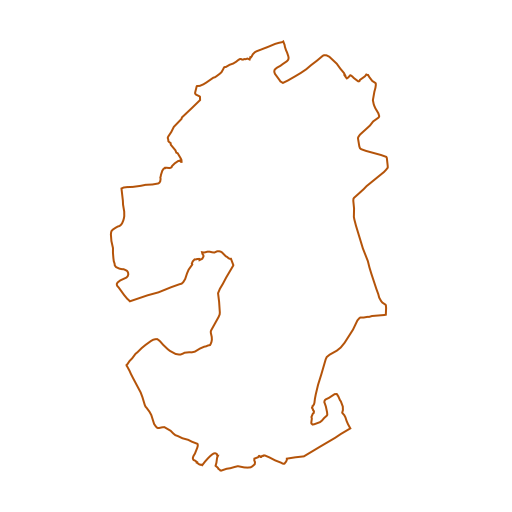 Boulkiemde, Boulkiemdé, Burkina Faso, rotated 173°
{"feature_id": "67063806B25202403935187", "entity_name": "Boulkiemde", "entity_type": "district", "adm_level": 2, "iso_a3": "BFA", "parent_name": "Burkina Faso", "parent_adm1": "Boulkiemdé", "projection": "equal_earth", "projection_center": [-2.114, 12.316], "detail": "fine", "context": "isolated", "style": "outline", "palette": "amber", "viewbox_px": 512, "rotation_deg": 173, "n_neighbors": 0, "source": "geoboundaries", "source_scale": "gbopen_adm2", "svg_char_len": 6043}
<svg xmlns="http://www.w3.org/2000/svg" viewBox="0 0 512 512"><g transform="rotate(173 256 256)"><path d="M334.9,54.9L331.6,58.2L328.4,61.0L326.1,62.8L324.0,64.2L322.6,64.9L321.7,65.2L320.8,65.2L320.1,65.0L319.4,64.5L318.9,64.0L318.8,62.5L318.1,62.4L319.2,60.5L320.5,55.6L321.7,52.7L319.7,50.5L319.5,50.1L319.4,49.5L317.9,48.1L317.6,47.5L316.8,47.2L311.1,48.4L307.3,48.5L303.0,49.2L299.6,49.6L293.5,47.6L290.2,47.0L287.1,46.9L285.4,47.6L282.7,49.4L282.2,51.0L282.2,52.0L282.6,53.1L282.6,53.6L282.3,55.1L278.5,56.0L277.4,57.2L276.7,57.1L276.4,56.3L275.9,55.9L275.2,55.9L274.3,56.8L273.0,56.7L272.8,57.1L271.6,57.0L267.3,54.5L261.9,50.8L256.5,47.9L255.1,46.9L254.3,46.5L253.1,46.4L251.1,48.4L250.2,50.0L250.1,51.1L241.6,51.4L232.9,51.3L216.0,58.8L199.6,65.9L193.5,69.0L183.4,73.4L185.2,77.9L186.2,81.3L186.9,84.9L187.8,87.3L189.4,89.6L189.5,90.1L188.5,92.5L188.2,96.0L189.5,101.4L190.2,102.6L191.5,107.0L192.0,107.5L192.1,108.3L192.7,109.2L194.8,109.3L200.9,106.3L204.2,105.2L205.0,104.7L205.7,103.7L206.0,102.5L205.7,101.4L205.0,98.1L204.5,92.3L204.6,89.7L205.2,88.9L208.1,86.9L210.6,84.6L212.7,83.3L218.7,81.9L220.4,81.8L221.4,83.0L221.4,84.0L220.5,87.4L220.4,88.2L220.6,89.4L218.8,92.6L217.8,93.2L217.4,94.9L218.1,95.9L218.1,96.7L218.8,98.1L218.9,98.7L218.3,99.4L218.2,100.1L217.8,100.3L216.6,101.6L215.9,103.2L214.9,107.2L213.5,111.5L210.1,120.6L205.7,130.3L199.4,145.0L198.1,147.1L194.9,149.1L187.3,152.2L183.1,154.8L178.7,159.0L168.7,171.1L163.2,179.7L161.1,181.6L160.0,182.2L156.7,181.8L153.0,182.0L151.0,181.8L148.2,182.3L135.8,181.8L134.3,181.9L133.2,188.5L133.1,191.3L133.5,192.0L136.3,194.4L137.4,196.2L138.8,199.7L139.3,203.3L140.5,208.4L143.7,224.5L144.8,230.8L145.6,237.3L149.0,250.5L153.1,274.0L153.9,280.0L154.1,282.8L152.9,291.1L152.7,299.0L152.3,300.9L151.6,301.8L141.0,309.2L137.7,311.9L118.7,323.8L116.3,325.8L114.5,327.6L114.3,329.1L114.2,337.3L114.6,338.5L119.6,341.0L134.0,346.9L137.8,348.8L139.0,349.5L139.7,350.4L140.1,352.3L140.4,359.2L140.4,360.7L139.8,361.8L138.0,363.8L127.0,371.6L123.3,375.3L117.6,378.4L116.8,379.3L116.7,380.1L117.2,382.8L119.5,388.0L120.3,390.6L120.7,392.5L121.0,396.4L118.5,404.6L117.0,408.3L116.3,410.8L116.1,412.4L116.3,413.1L119.3,415.6L121.7,419.7L122.7,422.0L123.2,422.0L124.4,422.7L125.9,421.1L131.4,418.1L132.0,417.0L132.7,416.8L133.4,417.0L137.2,420.7L138.6,422.5L139.8,423.6L140.4,423.9L142.8,421.9L144.2,421.2L144.9,422.2L146.0,424.4L145.5,424.4L146.4,426.9L149.5,431.7L152.4,437.0L158.9,444.8L161.6,446.6L164.0,447.0L165.3,446.6L171.6,442.5L178.1,438.7L183.4,435.2L189.3,432.2L195.2,429.6L203.0,426.3L208.2,424.5L210.5,426.3L211.3,427.9L215.0,434.5L215.4,436.5L215.2,437.6L214.7,438.7L213.3,439.7L211.9,440.5L208.6,441.8L206.0,443.3L201.7,445.5L200.6,446.4L200.0,447.1L199.5,448.6L199.6,450.4L200.4,454.3L201.1,456.5L201.8,460.0L201.9,462.0L202.8,465.6L203.7,465.1L207.3,464.8L211.1,464.2L218.2,462.2L230.6,459.1L232.3,458.4L234.6,456.6L235.9,454.7L236.9,453.7L237.4,454.0L238.4,451.8L240.4,453.0L242.5,452.6L243.6,452.9L245.0,452.5L246.0,452.7L246.8,453.3L247.8,453.5L248.9,453.0L249.2,453.0L252.1,451.2L255.2,449.8L258.9,449.0L262.8,447.3L264.4,447.3L265.2,446.4L265.8,445.4L267.9,442.6L269.9,441.2L273.6,439.1L275.0,438.4L276.6,438.2L284.2,434.2L287.3,432.8L291.1,431.7L293.9,431.9L294.2,431.6L296.5,425.6L296.6,424.6L295.9,423.5L292.5,421.3L292.2,420.8L292.5,417.6L301.7,410.6L312.6,402.6L313.2,401.2L314.4,400.2L321.8,394.2L325.0,389.4L328.6,385.2L329.2,384.0L328.9,381.9L329.0,380.7L328.5,379.9L327.0,378.5L327.0,376.8L323.1,370.7L322.5,368.3L321.2,367.5L318.8,362.0L318.3,360.4L318.4,358.5L318.9,358.5L320.2,360.0L321.1,359.7L321.6,359.8L325.3,357.9L328.3,355.6L329.0,354.4L329.4,354.2L330.9,353.8L334.1,354.5L334.9,354.6L335.3,354.3L335.7,354.6L337.3,353.6L338.6,352.1L340.5,348.0L340.7,347.1L341.4,345.5L341.3,344.1L342.0,341.7L343.0,340.5L344.2,339.9L350.1,339.6L357.0,340.1L361.8,339.7L370.0,339.6L375.5,340.1L379.0,340.1L381.3,339.4L381.4,327.1L381.7,323.2L381.4,316.1L381.9,311.6L382.5,309.6L383.4,307.4L384.9,304.8L386.1,303.5L387.8,302.4L389.6,302.1L391.8,301.2L394.8,299.7L396.3,298.5L396.9,297.2L397.4,295.1L397.7,288.5L397.0,281.3L397.6,276.5L397.8,271.4L397.8,268.3L397.3,265.6L397.3,263.9L396.6,262.6L396.2,262.0L393.1,260.1L390.8,259.3L389.0,259.0L387.3,258.0L385.9,257.0L385.3,256.0L385.0,254.9L385.0,253.3L385.8,251.6L387.2,250.4L393.7,248.3L396.4,246.7L397.4,245.6L397.6,244.9L397.6,244.1L397.3,243.1L396.1,241.4L391.7,233.4L389.0,229.2L387.9,228.0L386.7,226.4L368.4,230.2L357.3,231.8L343.9,235.4L335.4,237.3L333.2,237.6L331.4,238.9L329.1,241.8L326.6,247.1L324.5,250.7L320.3,255.3L320.6,256.4L320.3,256.7L320.1,257.3L319.4,258.4L317.4,260.1L316.0,259.9L314.8,260.2L312.6,260.0L312.6,258.8L309.7,259.8L308.2,261.9L308.1,263.0L308.9,264.6L309.1,266.3L307.7,265.9L306.5,265.8L303.7,266.2L301.7,266.0L299.0,265.0L296.9,264.5L294.0,265.4L292.0,265.2L290.5,264.6L289.4,263.8L286.0,259.4L284.7,258.5L283.5,257.1L282.3,256.4L281.2,256.3L279.6,249.7L279.9,249.1L288.2,238.3L292.3,232.4L295.8,227.9L298.2,223.7L298.2,215.0L298.8,204.3L299.2,202.4L300.6,200.0L309.7,187.5L310.1,186.4L310.2,185.1L309.8,181.1L310.0,178.3L310.7,176.1L311.8,174.1L312.5,173.2L314.7,173.0L316.6,172.4L318.4,172.3L322.8,171.0L328.4,168.5L331.6,168.2L333.8,168.6L338.7,168.7L340.5,168.0L342.9,167.4L344.5,167.6L347.8,168.6L353.0,172.3L355.0,174.3L359.1,179.3L361.6,183.0L362.8,184.3L364.1,185.5L366.0,185.7L368.3,185.4L370.5,184.5L376.5,181.2L380.6,178.6L385.4,174.9L387.5,173.6L391.4,169.5L394.3,167.2L396.9,164.2L397.8,163.6L397.8,162.9L397.3,162.0L395.5,157.4L394.6,154.4L393.0,150.0L387.1,134.6L385.9,129.6L384.6,121.9L384.0,119.9L383.2,118.8L380.7,114.4L379.3,110.9L377.6,101.7L376.3,99.2L375.3,97.8L374.4,97.2L373.1,97.1L370.1,97.4L367.8,97.3L362.0,92.9L359.8,90.0L357.9,88.0L355.5,86.8L351.3,84.1L345.7,81.8L342.3,79.5L337.0,76.7L336.8,75.6L337.0,74.5L337.7,72.8L340.7,67.3L342.3,65.3L343.1,63.8L343.3,63.1L343.3,62.5L343.2,62.0L342.8,61.1L341.4,60.3L339.6,58.6L340.0,58.1L339.3,57.6L338.0,56.3L336.6,55.5L336.0,55.7L334.9,54.9Z" fill="none" stroke="#b45309" stroke-width="2"/></g></svg>